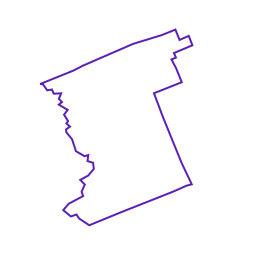 outline of Benton, Oregon, United States of America, rotated 158°
{"feature_id": "52423323B6989914060643", "entity_name": "Benton", "entity_type": "district", "adm_level": 2, "iso_a3": "USA", "parent_name": "United States of America", "parent_adm1": "Oregon", "projection": "orthographic", "projection_center": [-123.35, 44.499], "detail": "fine", "context": "isolated", "style": "outline", "palette": "violet", "viewbox_px": 256, "rotation_deg": 158, "n_neighbors": 0, "source": "geoboundaries", "source_scale": "gbopen_adm2", "svg_char_len": 816}
<svg xmlns="http://www.w3.org/2000/svg" viewBox="0 0 256 256"><g transform="rotate(158 128 128)"><path d="M200.3,52.3L192.3,52.4L163.2,52.5L109.8,52.1L95.3,52.6L90.0,51.9L91.4,75.9L91.5,125.3L90.9,150.5L61.0,150.3L61.0,165.3L62.0,175.3L57.2,175.3L57.3,180.3L37.3,180.6L37.2,190.6L47.2,190.4L47.2,201.5L62.0,201.5L91.8,204.1L146.2,202.7L156.7,201.7L193.0,201.7L190.4,200.4L188.8,193.2L184.1,192.2L184.0,187.6L177.0,185.2L181.2,180.9L179.5,176.8L183.4,175.6L177.2,167.4L182.3,164.3L181.0,156.8L183.4,155.3L181.3,151.0L185.9,149.9L186.8,147.2L184.1,138.5L184.6,130.8L185.0,126.0L178.8,118.1L175.0,117.8L177.9,112.5L173.4,108.8L175.0,102.9L182.7,98.8L191.7,97.8L189.2,91.8L194.9,86.3L195.1,81.7L211.3,80.0L218.8,76.1L214.1,67.4L208.2,67.1L207.2,62.3L200.3,52.3Z" fill="none" stroke="#5b21b6" stroke-width="2"/></g></svg>